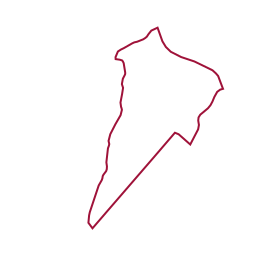 map outline of Kouffo (Robinson projection), rotated 221°
{"feature_id": "BEN-2176", "entity_name": "Kouffo", "entity_type": "Department", "adm_level": 1, "iso_a3": "BEN", "parent_name": "Benin", "parent_adm1": "", "projection": "robinson", "projection_center": [1.816, 7.113], "detail": "fine", "context": "isolated", "style": "outline", "palette": "rose", "viewbox_px": 256, "rotation_deg": 221, "n_neighbors": 0, "source": "natural_earth", "source_scale": "10m", "svg_char_len": 1061}
<svg xmlns="http://www.w3.org/2000/svg" viewBox="0 0 256 256"><g transform="rotate(221 128 128)"><path d="M85.7,156.5L89.5,155.2L89.3,120.9L89.2,86.9L89.1,52.0L89.0,29.0L95.7,30.5L100.0,36.5L101.6,39.4L112.4,65.4L113.6,71.4L114.3,73.2L115.5,75.1L115.9,76.7L116.2,81.1L117.0,83.0L118.7,85.2L121.8,87.9L129.8,99.5L130.8,102.1L131.6,103.6L134.2,105.5L137.3,111.7L140.0,122.6L142.0,132.8L144.5,137.7L146.0,138.8L147.1,139.4L150.4,142.3L154.7,149.7L158.1,155.1L161.4,157.1L164.2,161.8L165.2,165.9L165.6,167.0L166.7,168.2L173.8,174.1L175.6,174.9L176.9,175.1L179.1,174.1L182.5,171.9L183.9,173.3L185.8,179.1L184.8,182.6L183.6,185.4L180.3,194.8L179.4,196.8L177.7,199.1L174.7,204.9L174.0,207.3L173.7,209.3L174.1,212.2L174.3,216.8L171.5,223.1L158.9,216.0L152.6,214.0L145.7,213.6L134.5,216.4L121.5,221.8L102.1,227.0L97.6,226.9L94.1,226.4L82.8,220.3L82.0,219.9L83.6,217.4L84.4,213.8L83.2,208.1L81.6,203.3L80.7,199.3L80.6,195.3L82.2,185.5L81.7,182.3L79.9,179.7L76.8,177.1L76.5,176.9L74.2,173.0L70.2,156.4L85.7,156.5Z" fill="none" stroke="#9f1239" stroke-width="2"/></g></svg>